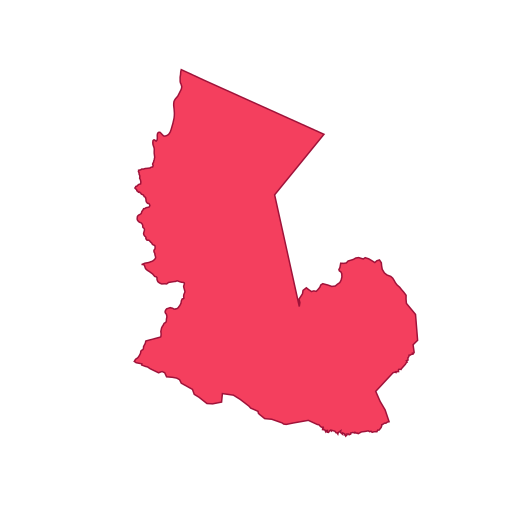 Anglimp/South Waghi District, Western Highlands, Papua New Guinea, rotated 167°
{"feature_id": "67681753B93729898494529", "entity_name": "Anglimp/South Waghi District", "entity_type": "district", "adm_level": 2, "iso_a3": "PNG", "parent_name": "Papua New Guinea", "parent_adm1": "Western Highlands", "projection": "robinson", "projection_center": [144.62, -6.074], "detail": "fine", "context": "isolated", "style": "filled", "palette": "rose", "viewbox_px": 512, "rotation_deg": 167, "n_neighbors": 0, "source": "geoboundaries", "source_scale": "gbopen_adm2", "svg_char_len": 6061}
<svg xmlns="http://www.w3.org/2000/svg" viewBox="0 0 512 512"><g transform="rotate(167 256 256)"><path d="M228.1,71.1L227.6,69.1L226.8,70.1L225.7,70.0L226.2,68.3L225.0,67.8L223.4,69.3L222.2,69.6L222.0,68.4L221.0,68.9L218.6,67.6L217.7,65.7L216.8,65.5L216.3,64.1L215.6,65.5L212.7,66.7L213.4,65.1L211.9,63.0L211.4,64.1L210.3,63.3L210.0,63.0L210.2,61.9L209.3,62.1L209.1,60.3L207.6,61.2L207.5,62.1L205.8,61.7L205.5,60.9L203.8,61.2L203.5,62.2L201.3,62.3L199.8,61.4L199.2,62.0L198.4,60.9L197.2,60.7L196.4,59.9L192.8,60.9L189.1,60.5L186.0,60.4L184.7,59.2L183.4,59.4L182.5,58.1L180.4,58.2L177.7,57.6L176.6,59.0L175.3,58.7L174.3,59.4L172.7,60.7L171.6,62.4L171.5,63.3L169.9,63.6L168.5,64.2L167.0,63.9L165.4,64.6L163.6,64.6L164.8,77.0L167.8,86.5L169.8,97.2L148.8,111.4L147.1,111.6L145.8,111.0L145.7,111.8L143.1,111.3L142.8,113.1L142.2,113.5L140.3,112.9L140.3,113.0L134.8,116.9L133.4,118.4L132.6,118.6L133.0,120.2L131.3,120.4L130.9,122.6L129.7,123.6L129.1,125.0L128.0,124.7L126.8,125.2L125.4,125.1L125.3,125.9L124.7,125.4L123.6,126.5L122.9,134.2L117.5,137.5L113.7,163.2L120.1,176.0L119.5,180.3L118.6,184.0L120.2,187.6L121.7,190.4L123.0,193.2L125.1,196.1L126.2,198.6L126.9,201.1L127.8,203.7L129.3,205.8L132.6,208.0L134.7,210.6L136.0,214.6L135.8,218.3L135.4,221.2L136.6,224.4L139.3,224.2L141.7,222.9L144.2,225.4L146.8,227.9L150.0,229.8L152.1,229.0L153.8,229.9L156.4,231.4L159.3,231.6L161.8,230.8L164.2,230.6L167.4,230.4L169.6,228.9L172.2,229.1L175.1,229.9L176.8,225.9L178.3,224.1L178.1,222.7L176.9,221.5L176.4,219.5L176.7,218.0L177.0,216.3L178.5,213.3L180.4,211.2L183.0,210.2L185.5,208.9L189.0,209.3L192.6,211.6L197.2,214.0L199.4,213.2L200.8,211.2L203.4,209.2L205.3,208.0L207.5,209.0L210.0,208.9L212.2,211.3L214.1,213.7L217.9,211.9L219.2,208.7L222.0,206.0L223.8,204.3L223.7,200.7L225.2,197.0L224.1,311.4L162.4,359.3L267.5,439.3L286.9,454.4L287.9,452.4L288.7,449.8L289.7,447.3L290.3,444.6L290.6,443.4L290.7,441.7L290.4,440.6L290.3,439.1L290.2,438.0L290.6,436.7L291.3,435.3L296.2,429.4L299.1,427.3L300.3,426.1L301.2,424.9L301.9,423.0L302.3,421.4L302.8,417.2L303.4,413.5L304.0,411.2L304.8,408.8L307.1,404.0L310.2,398.4L311.7,396.1L312.8,395.0L313.9,394.1L315.5,393.5L317.0,393.3L318.3,393.4L319.1,393.9L320.0,395.3L320.9,396.9L321.8,398.2L323.0,398.4L323.8,398.1L324.6,397.1L325.1,395.7L325.5,393.6L325.9,392.1L326.3,391.3L327.5,390.4L327.8,390.7L328.2,391.3L328.9,392.0L329.6,392.1L330.4,391.6L331.0,389.9L331.3,388.0L331.2,386.4L331.0,384.8L331.0,383.7L331.2,382.5L331.7,380.7L332.1,378.9L332.5,374.9L333.0,374.0L333.6,372.4L334.3,371.6L334.7,370.4L335.6,369.6L336.1,368.7L336.1,368.3L335.8,367.5L336.7,366.0L337.8,366.1L338.6,366.0L339.5,365.6L341.3,365.8L342.3,365.9L344.3,366.2L346.5,366.0L347.4,366.4L348.0,366.4L348.9,365.9L351.1,366.0L351.2,365.4L351.6,364.7L351.4,364.0L351.2,363.5L351.5,362.0L351.2,360.7L351.4,359.0L351.8,358.3L351.9,357.8L351.5,356.5L351.5,354.7L351.6,353.8L352.2,352.2L354.1,352.1L355.8,351.3L356.4,350.8L356.8,350.7L357.5,350.8L358.0,350.1L358.7,349.5L358.3,348.7L357.4,347.5L357.4,346.8L357.4,346.3L356.5,345.4L356.3,344.7L356.1,344.5L355.4,344.6L355.0,344.4L354.6,343.5L354.1,343.1L353.8,342.1L353.2,341.7L351.9,340.6L351.6,339.0L350.9,338.5L350.4,337.6L350.6,336.8L350.4,336.1L350.6,335.5L350.7,334.6L350.7,333.5L350.2,332.5L350.0,331.9L349.7,331.6L348.9,331.4L348.5,331.0L348.2,330.3L348.0,329.1L348.6,328.3L349.3,327.7L352.2,327.8L353.9,327.2L354.8,327.4L356.0,326.1L357.2,325.1L358.2,323.3L359.1,322.8L360.0,322.5L361.1,322.3L362.1,321.7L362.7,321.1L363.2,319.7L363.5,318.7L363.4,317.5L362.7,316.0L361.8,315.0L361.0,314.5L360.4,314.0L360.1,313.5L359.6,312.3L359.5,311.3L359.7,310.4L359.8,309.5L359.5,308.9L359.0,308.4L358.7,307.5L358.8,306.7L359.1,305.8L360.0,304.2L360.5,303.1L360.5,301.9L360.0,300.5L359.2,299.4L359.1,298.7L359.4,297.7L359.3,297.2L359.0,296.9L358.9,296.4L358.6,295.9L357.5,295.7L356.8,295.4L356.3,294.7L355.5,293.2L354.7,292.1L354.4,290.9L353.8,290.1L352.4,289.1L352.2,288.3L352.3,287.3L352.8,285.7L354.1,284.6L354.4,283.5L354.4,282.8L354.0,281.1L354.1,280.7L354.2,279.7L354.1,278.6L354.1,277.2L354.5,276.4L355.7,275.4L357.2,274.6L358.4,274.2L360.0,274.1L361.0,273.9L362.5,273.8L365.8,274.0L369.4,273.4L367.8,273.1L367.3,272.7L366.9,272.0L366.7,270.6L366.6,269.4L366.4,268.4L365.2,266.6L363.4,264.8L360.8,261.8L359.3,258.9L357.7,258.0L357.3,257.0L357.7,255.9L357.7,254.8L357.5,253.5L357.2,252.7L356.5,251.9L355.6,251.0L354.2,250.0L351.3,249.5L349.3,248.9L347.1,249.9L341.4,249.5L340.2,249.3L338.4,249.6L335.8,247.9L335.0,247.5L334.3,247.1L332.7,246.6L332.4,246.3L332.0,246.1L332.0,245.0L332.3,244.7L332.5,244.1L333.3,242.9L333.4,241.2L333.3,239.2L333.3,238.3L333.2,237.6L333.5,236.7L334.9,234.8L335.6,233.1L335.6,232.2L335.9,230.9L336.3,230.7L336.5,230.8L337.5,230.8L338.7,229.3L339.7,226.9L340.1,226.4L341.6,224.6L342.2,224.3L343.3,223.2L344.8,222.5L345.5,222.5L345.9,222.6L346.0,222.5L346.8,222.4L347.8,222.8L348.4,223.2L348.9,223.8L350.1,224.4L350.4,224.4L350.6,224.7L351.2,225.0L355.0,224.6L356.2,223.6L356.8,222.8L357.2,221.9L357.1,221.0L357.0,220.5L356.4,219.4L356.4,217.5L356.6,216.5L357.5,214.6L357.8,213.4L358.3,212.2L358.6,211.9L359.7,211.3L360.1,211.3L360.7,211.0L361.7,209.9L362.1,209.2L362.9,208.7L364.2,207.1L365.7,203.9L366.0,201.3L366.7,199.2L367.2,198.5L382.4,198.0L382.7,197.6L383.1,196.6L383.8,195.5L385.9,193.1L386.4,191.4L387.1,190.4L387.6,190.1L388.3,190.0L389.4,189.4L389.8,188.8L390.1,187.9L390.4,187.2L391.9,185.4L393.7,183.7L394.6,183.2L396.1,182.7L396.3,182.6L397.2,181.9L398.0,180.9L398.3,180.7L396.8,179.0L391.5,176.6L391.9,175.5L388.6,173.3L386.6,172.3L384.5,170.0L377.2,164.1L374.7,164.5L373.4,164.5L371.2,162.8L370.3,158.4L364.7,156.6L360.8,154.9L358.3,152.7L357.4,148.9L347.9,140.3L347.3,135.1L343.4,131.3L337.0,123.3L331.5,121.7L322.4,121.4L319.7,129.5L309.3,125.5L303.7,119.9L296.7,111.4L295.4,109.0L291.2,105.9L288.9,104.1L289.1,102.5L288.4,101.1L284.1,95.6L277.4,93.4L268.1,87.5L266.8,86.0L264.4,85.1L257.1,84.9L242.0,84.1L234.1,78.0L232.7,77.5L231.4,75.2L230.0,74.0L229.2,74.2L229.0,73.2L229.8,72.9L230.2,71.9L228.1,71.1Z" fill="#f43f5e" stroke="#9f1239" stroke-width="1.5"/></g></svg>